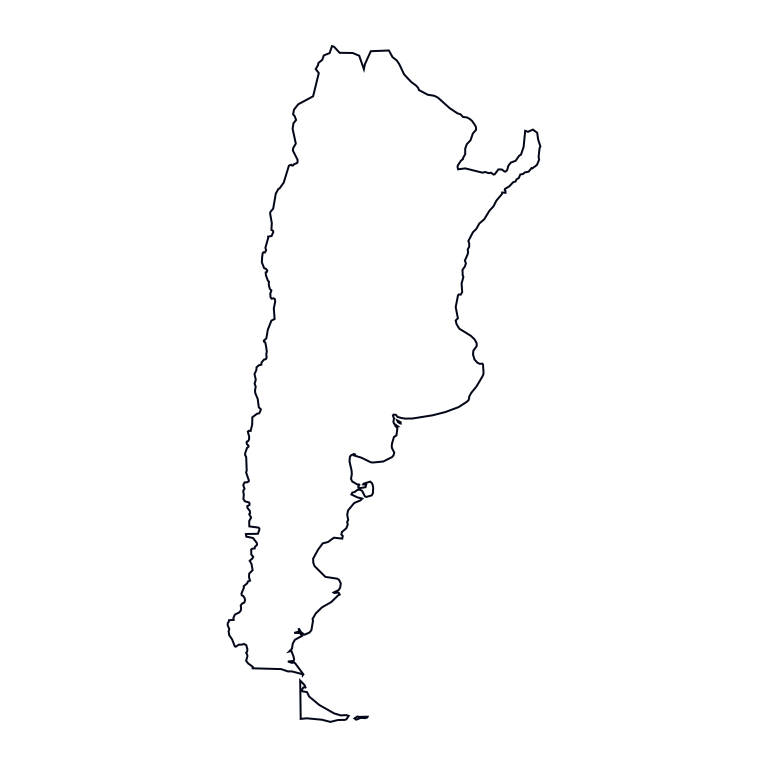 map outline of Argentina (Equal Earth projection)
{"feature_id": "ARG", "entity_name": "Argentina", "entity_type": "country or territory", "adm_level": 0, "iso_a3": "ARG", "parent_name": "South America", "parent_adm1": "", "projection": "equal_earth", "projection_center": [-65.46, -38.417], "detail": "fine", "context": "isolated", "style": "outline", "palette": "ink", "viewbox_px": 768, "rotation_deg": 0, "n_neighbors": 0, "source": "natural_earth", "source_scale": "50m", "svg_char_len": 6090}
<svg xmlns="http://www.w3.org/2000/svg" viewBox="0 0 768 768"><path d="M472.9,232.3L468.4,241.0L469.2,243.6L469.2,246.8L467.7,249.4L468.1,252.1L467.7,254.1L464.9,260.6L465.9,263.3L464.9,266.5L462.5,269.8L462.7,275.4L463.4,276.8L461.6,283.6L462.2,292.1L460.8,294.6L458.8,294.5L458.0,295.3L455.7,307.1L457.9,318.3L455.7,320.5L456.5,324.0L459.3,328.7L470.8,335.8L474.6,339.4L476.6,343.1L476.7,346.1L473.4,350.6L473.0,354.4L474.5,359.5L477.4,362.7L479.6,363.8L482.5,363.7L483.0,364.6L483.5,371.8L483.4,374.3L482.4,376.5L476.4,386.6L471.3,392.8L469.4,396.2L468.7,399.9L467.1,401.6L458.6,407.1L445.5,412.0L432.6,415.3L412.5,418.5L404.9,418.6L401.1,417.9L397.7,417.0L395.8,414.8L393.5,414.6L392.9,415.6L394.0,418.4L393.4,421.7L394.0,423.6L397.7,426.3L395.8,426.4L397.4,428.1L396.4,435.5L394.0,436.9L392.1,443.1L391.7,446.3L392.1,448.4L394.3,452.7L393.4,455.6L392.0,457.1L383.3,461.5L373.1,462.5L370.8,462.3L361.4,457.7L354.2,455.5L354.9,454.4L353.9,454.0L350.9,455.4L349.9,456.9L349.5,461.4L351.6,470.7L351.8,474.3L351.0,478.8L352.1,481.4L357.6,484.6L358.9,484.4L359.3,484.8L358.3,486.5L358.4,487.7L360.7,488.0L365.5,487.2L366.2,484.7L363.2,484.4L363.6,483.7L370.2,481.6L371.9,483.1L372.7,485.0L373.2,487.5L372.9,493.2L371.7,495.4L366.5,496.9L365.0,496.5L362.1,490.8L359.6,489.6L357.2,490.0L354.7,492.0L352.3,492.6L351.4,494.5L357.5,497.4L362.2,498.6L360.4,500.4L354.2,503.0L348.0,510.5L347.2,514.8L348.2,519.9L347.1,522.0L347.8,524.4L346.3,528.3L342.0,531.9L341.3,534.5L342.8,536.0L342.2,538.6L333.9,537.7L328.0,542.0L322.7,543.4L318.1,549.6L313.1,558.7L313.3,562.9L314.6,566.2L325.4,576.9L336.9,578.6L339.0,579.8L340.8,583.4L340.2,587.6L338.6,590.1L333.6,592.5L334.4,593.0L337.9,592.5L338.9,593.0L339.7,594.6L338.2,595.3L331.2,602.1L321.9,607.4L315.7,613.5L312.6,618.9L313.0,620.7L311.4,630.2L309.5,632.5L304.6,634.7L301.2,632.4L298.6,628.3L299.0,630.3L298.7,631.6L294.2,632.9L299.7,633.0L302.3,635.7L294.9,639.8L292.8,643.5L292.0,648.6L289.2,651.5L291.4,650.9L293.5,656.5L294.1,659.1L293.7,660.9L287.9,661.5L292.0,662.9L294.1,662.5L295.1,663.2L303.4,674.4L302.7,675.3L302.5,674.2L291.9,671.4L287.9,671.4L281.1,669.1L252.6,668.3L252.8,666.8L248.2,663.5L246.1,660.8L247.4,656.4L247.3,655.0L246.2,652.7L247.1,651.6L247.4,649.4L246.3,645.2L243.9,643.9L242.3,644.6L238.8,644.7L235.8,646.7L234.8,646.3L232.1,639.4L229.2,635.1L228.6,631.2L229.3,629.0L227.6,625.1L227.8,623.0L228.8,621.7L229.0,620.2L233.7,619.9L233.4,617.9L234.9,614.6L239.3,612.4L240.8,610.5L241.1,608.1L240.7,605.4L242.2,603.5L244.3,602.6L245.1,600.0L244.5,597.8L243.2,596.0L241.7,595.2L241.5,593.4L243.9,587.7L243.7,586.2L247.2,583.3L248.0,581.4L250.0,580.7L249.0,577.1L249.2,573.6L252.6,570.2L251.5,563.9L249.7,560.8L252.4,558.5L253.2,556.8L251.3,554.6L251.2,549.6L252.0,548.8L254.7,548.4L254.9,546.9L257.0,544.9L256.8,542.9L253.0,538.0L246.3,536.6L245.9,534.0L257.9,533.8L259.3,529.9L259.4,528.6L258.5,527.6L249.3,526.4L249.2,521.0L251.1,517.6L249.2,514.1L250.1,513.1L249.8,510.9L247.4,507.9L247.3,506.1L249.4,505.1L249.6,503.9L249.1,502.5L244.9,501.3L243.4,499.0L243.8,494.8L243.2,490.9L244.5,488.8L243.3,485.3L243.5,484.4L244.7,482.3L247.2,482.3L248.7,481.4L248.8,480.3L246.1,472.4L246.7,470.6L246.2,457.1L245.1,455.0L245.2,453.1L247.0,448.0L248.4,446.8L248.6,445.9L246.9,444.0L246.6,442.7L246.8,441.6L248.3,441.0L249.0,439.5L249.2,436.8L247.8,431.6L248.8,430.8L250.6,431.0L252.2,424.5L252.3,417.3L257.1,413.7L259.2,413.3L260.6,410.5L260.8,409.2L258.8,407.3L257.7,398.9L255.3,393.2L255.0,390.5L255.7,386.6L254.6,383.6L255.8,379.7L254.5,374.1L256.4,369.9L256.5,367.4L258.8,365.3L261.3,364.7L261.6,362.4L264.1,359.5L265.8,359.2L266.6,357.8L266.3,353.9L266.8,351.7L266.1,346.4L265.2,342.3L264.2,341.9L263.8,340.6L266.3,338.5L267.8,329.8L271.4,320.6L274.6,319.0L273.8,308.5L275.2,301.4L274.8,299.0L273.5,298.3L271.6,298.7L270.5,297.2L270.3,293.5L271.4,290.5L269.8,288.8L268.8,284.9L268.9,281.6L267.9,280.7L265.9,275.3L265.7,272.4L266.7,272.1L267.3,270.6L266.0,268.9L264.1,268.1L261.8,262.2L262.2,256.8L262.7,253.1L263.4,252.3L264.8,252.5L266.1,250.4L265.4,247.8L268.2,237.8L268.1,236.6L271.6,236.0L273.3,232.0L273.0,230.8L271.4,229.9L271.8,223.1L270.1,213.4L270.5,211.8L273.2,208.6L275.8,193.5L278.5,188.8L279.4,188.6L283.7,182.7L288.9,165.7L291.1,164.7L292.1,165.6L293.1,165.4L294.0,164.2L297.1,163.0L297.6,161.8L297.5,159.6L292.9,150.6L293.2,148.0L295.8,143.6L292.6,128.7L293.5,123.2L296.1,120.0L294.7,116.2L293.1,114.3L294.0,109.6L298.2,104.3L313.1,96.3L318.8,73.1L315.7,69.1L318.0,65.2L318.4,63.0L322.3,59.8L323.8,55.4L329.6,53.1L332.0,46.1L334.1,46.8L339.6,52.8L352.7,53.0L359.2,55.7L363.9,69.2L364.9,64.2L370.8,51.2L388.9,50.5L392.5,57.1L396.8,60.5L399.4,64.4L404.1,74.4L411.1,81.9L416.1,85.6L418.1,87.8L419.0,90.1L427.7,94.7L434.3,95.8L437.9,97.6L449.6,108.1L457.2,113.2L460.6,114.4L463.1,117.0L466.9,117.4L469.8,119.0L472.1,121.0L475.0,125.2L475.9,126.9L476.1,129.8L472.9,133.4L470.5,140.3L466.8,144.2L465.2,148.6L465.2,154.2L462.8,158.5L462.9,159.2L461.0,160.6L457.9,165.3L457.5,166.7L458.1,169.3L465.3,168.4L482.6,172.7L484.9,172.0L489.2,173.2L491.0,172.7L493.7,174.6L494.8,174.2L498.4,169.4L501.9,169.5L504.5,171.5L505.7,171.5L507.1,170.2L508.4,165.7L510.8,162.6L515.6,160.8L519.1,155.8L521.0,154.6L523.6,147.0L525.2,130.8L528.0,131.8L532.9,129.6L537.2,132.8L538.1,139.3L540.4,146.6L539.6,148.0L538.6,156.8L539.1,159.8L536.9,165.0L532.3,168.4L531.6,168.0L528.6,171.7L524.9,172.4L523.0,174.0L520.3,174.5L518.8,178.0L516.6,179.3L515.5,181.5L513.2,182.2L509.2,186.4L505.0,188.9L504.7,190.0L505.5,191.1L505.5,192.8L502.2,192.5L501.9,194.1L496.4,200.6L493.5,206.3L489.4,210.8L484.2,219.3L479.4,223.4L476.3,228.9L472.9,232.3ZM300.7,718.9L300.2,680.6L304.4,684.9L305.8,688.1L304.5,687.0L303.2,687.7L301.9,689.8L302.4,691.3L307.0,692.1L309.2,696.6L319.3,705.0L334.1,713.4L340.9,715.4L346.1,715.1L348.7,715.9L346.4,719.3L344.7,719.9L338.0,720.0L330.4,721.9L321.8,719.7L306.7,718.3L300.7,718.9ZM357.4,716.5L359.0,716.9L367.6,716.7L367.3,717.4L365.4,718.1L360.6,717.9L356.2,719.7L354.5,718.4L357.4,716.5ZM400.6,422.2L400.7,423.5L399.9,423.3L398.0,422.1L397.2,420.4L400.6,422.2Z" fill="none" stroke="#020617" stroke-width="2"/></svg>